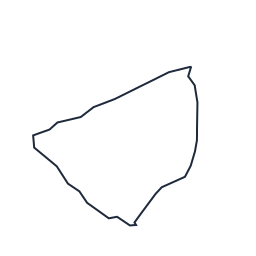 Barnard Hill, Castries, Saint Lucia (Natural Earth projection), rotated 124°
{"feature_id": "8701671B17450854784889", "entity_name": "Barnard Hill", "entity_type": "district", "adm_level": 2, "iso_a3": "LCA", "parent_name": "Saint Lucia", "parent_adm1": "Castries", "projection": "natural_earth1", "projection_center": [-60.989, 14.014], "detail": "fine", "context": "isolated", "style": "outline", "palette": "slate", "viewbox_px": 256, "rotation_deg": 124, "n_neighbors": 0, "source": "geoboundaries", "source_scale": "gbopen_adm2", "svg_char_len": 590}
<svg xmlns="http://www.w3.org/2000/svg" viewBox="0 0 256 256"><g transform="rotate(124 128 128)"><path d="M203.9,67.1L202.7,69.8L191.6,69.4L167.1,68.3L161.5,67.4L158.2,66.9L153.9,64.2L136.6,53.5L124.9,54.8L123.9,55.0L109.9,59.4L107.7,60.4L99.8,63.9L94.7,67.2L90.9,69.8L68.0,84.7L56.6,95.4L55.3,96.6L51.5,107.0L42.4,109.8L42.5,110.6L58.7,125.2L111.6,155.3L129.9,168.2L145.3,173.3L162.9,189.6L173.2,192.2L180.6,197.7L187.2,202.5L196.7,194.8L199.6,165.6L207.7,146.7L207.7,132.9L212.9,120.0L213.6,93.4L207.7,87.4L207.7,71.9L203.9,67.1Z" fill="none" stroke="#1e293b" stroke-width="2"/></g></svg>